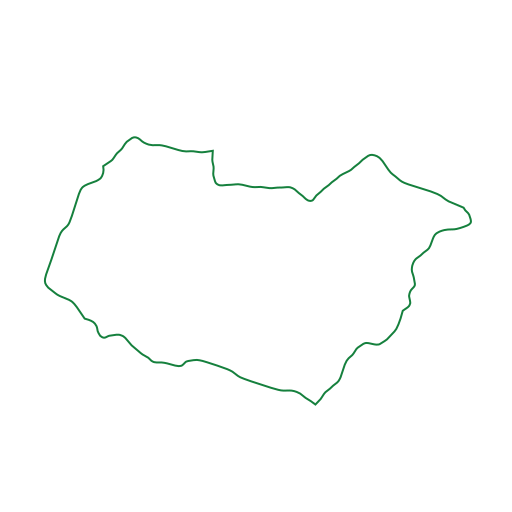 outline of El Cercado, San Juan, Dominican Republic, rotated 288°
{"feature_id": "3306468B41168482841480", "entity_name": "El Cercado", "entity_type": "district", "adm_level": 2, "iso_a3": "DOM", "parent_name": "Dominican Republic", "parent_adm1": "San Juan", "projection": "equal_earth", "projection_center": [-71.477, 18.706], "detail": "fine", "context": "isolated", "style": "outline", "palette": "green", "viewbox_px": 512, "rotation_deg": 288, "n_neighbors": 0, "source": "geoboundaries", "source_scale": "gbopen_adm2", "svg_char_len": 3721}
<svg xmlns="http://www.w3.org/2000/svg" viewBox="0 0 512 512"><g transform="rotate(288 256 256)"><path d="M227.0,411.0L230.1,412.0L235.0,412.6L241.2,412.8L249.3,412.5L254.0,416.1L255.7,417.0L256.7,417.2L258.6,417.3L259.6,417.0L261.2,416.2L264.5,414.3L265.4,413.9L267.4,413.6L269.4,413.6L271.3,413.9L273.0,414.6L275.3,415.7L276.9,416.1L278.5,415.8L284.3,412.7L286.0,411.6L289.2,409.3L291.1,408.4L293.1,407.9L295.2,407.6L298.3,407.7L300.4,408.1L302.3,408.8L303.2,409.3L307.3,412.3L310.9,414.3L315.0,417.2L316.9,418.1L319.9,418.6L327.3,418.9L329.3,419.1L331.4,419.6L333.3,420.6L334.2,421.4L335.9,423.0L337.4,424.9L338.8,427.0L340.5,430.4L342.6,436.2L343.7,438.4L345.7,441.5L347.9,444.5L350.1,447.2L351.6,448.7L353.3,449.7L354.2,449.9L355.1,449.8L355.9,449.5L357.4,448.7L361.1,446.0L362.3,444.5L364.1,440.9L366.1,438.5L367.5,422.3L368.4,418.7L370.3,413.3L371.0,409.3L371.4,402.2L371.2,378.9L371.4,374.6L371.8,371.8L372.5,369.4L374.7,364.1L375.9,360.7L376.9,358.4L379.0,355.2L385.3,347.1L387.2,343.8L387.7,342.6L388.3,340.2L388.4,337.7L388.1,335.3L387.7,334.2L387.2,333.2L385.9,331.7L380.5,327.7L376.0,325.3L371.0,321.9L367.4,319.8L365.6,318.3L360.7,313.2L358.1,310.9L354.4,308.8L349.5,305.3L345.9,303.3L340.9,299.7L337.2,297.8L332.2,294.7L327.1,293.0L326.3,292.5L325.7,291.7L325.2,290.8L325.0,289.7L324.9,288.6L325.1,287.5L325.7,285.5L327.5,281.8L329.1,277.3L331.3,272.3L331.8,269.9L331.9,267.4L331.7,266.2L331.0,264.0L329.3,259.9L327.7,255.3L325.4,250.1L324.7,247.8L323.6,241.5L323.1,239.0L321.1,233.6L320.5,231.3L320.1,228.7L319.5,220.9L318.8,217.1L318.0,214.9L316.2,210.7L314.5,206.2L312.8,202.3L312.2,200.3L312.0,199.2L312.1,198.0L312.3,196.9L312.7,195.9L313.2,195.0L314.6,193.8L319.2,190.7L321.0,189.9L326.0,188.7L327.9,188.0L332.2,185.5L334.0,184.7L342.7,182.4L339.3,175.7L337.9,172.5L337.3,170.1L336.2,163.9L335.5,161.6L333.9,157.3L333.1,153.5L332.8,149.3L332.5,136.5L332.1,132.4L331.6,129.8L329.4,123.3L328.8,119.5L328.9,117.0L329.2,114.5L329.8,112.3L331.0,109.5L331.6,107.5L331.7,105.4L331.5,104.3L331.1,103.2L330.0,101.7L324.7,97.8L321.9,96.7L316.9,95.4L315.1,94.6L310.8,92.1L308.9,91.4L305.0,90.3L303.0,89.6L301.3,88.5L294.2,82.9L290.8,84.4L287.7,85.0L284.6,84.9L282.5,84.4L281.6,84.0L279.7,82.6L277.9,80.9L272.4,73.9L269.9,71.3L268.0,69.9L266.9,69.4L264.8,68.8L260.4,68.4L237.2,68.5L230.3,68.2L228.0,67.8L225.9,67.0L221.6,64.5L219.7,63.7L217.5,63.1L214.0,62.7L189.2,62.5L173.7,62.1L169.2,62.4L166.9,63.0L165.0,64.0L163.5,65.5L161.7,68.2L158.5,76.9L157.8,79.1L157.3,81.9L156.5,91.8L155.9,94.5L155.4,95.8L154.2,98.1L152.0,101.4L143.5,112.4L143.6,116.6L143.4,119.2L142.9,121.6L141.9,123.7L139.9,126.1L138.3,127.2L135.7,128.6L134.1,130.0L132.0,132.4L131.3,134.5L131.2,135.6L131.3,136.6L131.6,137.4L132.1,138.1L134.2,140.3L134.8,141.1L138.0,147.6L138.7,149.7L138.9,150.9L138.8,153.4L138.6,154.7L137.7,157.0L132.6,165.3L128.1,176.2L127.3,178.5L125.9,185.1L124.0,189.0L123.6,191.0L123.6,192.0L124.0,194.2L125.6,199.3L126.1,201.9L126.4,204.6L126.8,212.9L127.4,216.6L128.4,218.7L129.0,219.4L130.4,220.3L133.4,221.8L134.1,222.4L135.2,224.0L137.6,228.7L138.9,231.9L139.4,234.7L139.7,237.7L139.8,242.2L139.8,253.0L139.5,263.6L139.2,266.5L138.7,269.3L136.4,275.8L135.8,278.5L135.5,282.8L135.3,290.1L135.3,311.1L135.6,318.4L135.9,321.2L136.5,323.9L138.4,329.3L139.0,331.6L139.3,334.1L139.3,336.7L138.8,340.5L136.4,346.9L134.9,353.0L133.1,358.4L140.0,361.7L145.9,363.3L147.9,364.1L152.8,367.4L156.5,369.4L160.6,372.2L162.5,373.1L164.6,373.6L166.8,373.9L180.1,374.0L184.4,374.6L187.4,375.7L191.6,378.2L193.5,378.9L198.5,380.2L200.3,381.1L205.7,385.3L206.9,386.8L207.4,387.8L207.9,389.9L208.5,395.7L208.9,397.9L209.7,399.9L210.3,400.8L214.7,404.5L217.1,406.3L227.0,411.0Z" fill="none" stroke="#15803d" stroke-width="2"/></g></svg>